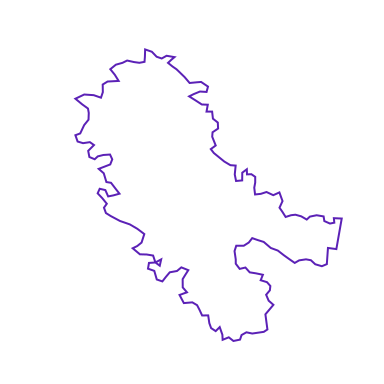 Novo Itacolomi, Paraná, Brazil (Robinson projection), rotated 133°
{"feature_id": "56859067B16333418565367", "entity_name": "Novo Itacolomi", "entity_type": "district", "adm_level": 2, "iso_a3": "BRA", "parent_name": "Brazil", "parent_adm1": "Paraná", "projection": "robinson", "projection_center": [-51.532, -23.781], "detail": "fine", "context": "isolated", "style": "outline", "palette": "violet", "viewbox_px": 384, "rotation_deg": 133, "n_neighbors": 0, "source": "geoboundaries", "source_scale": "gbopen_adm2", "svg_char_len": 2565}
<svg xmlns="http://www.w3.org/2000/svg" viewBox="0 0 384 384"><g transform="rotate(133 192 192)"><path d="M267.2,56.2L262.8,58.2L257.5,56.5L254.4,51.4L245.3,44.1L241.1,43.1L231.4,54.9L219.0,55.5L219.2,61.8L216.6,67.7L210.8,68.0L207.3,70.6L206.8,75.7L209.7,81.6L204.2,83.7L207.9,89.8L211.4,95.0L210.8,101.4L215.7,104.7L214.6,111.1L211.5,114.0L206.2,120.6L201.1,123.0L196.0,117.5L190.2,116.0L184.7,116.5L182.3,111.1L179.6,105.5L179.2,96.2L176.3,89.3L175.6,81.6L174.7,74.7L173.8,68.5L168.9,67.0L163.5,62.7L160.8,58.5L160.8,52.6L157.7,46.4L152.8,44.2L140.2,54.4L135.3,47.5L109.3,64.4L114.4,70.4L117.4,67.0L121.0,69.6L123.0,75.4L120.1,79.1L124.0,85.0L129.6,89.0L133.9,89.3L135.3,95.5L138.1,100.9L141.4,103.7L146.4,106.5L144.9,112.2L143.8,117.3L136.9,119.6L132.7,127.8L138.9,130.4L141.2,137.5L146.4,140.4L150.8,144.2L146.4,149.4L142.0,152.2L137.8,156.1L138.5,160.7L141.6,163.8L138.0,167.4L143.6,168.4L149.3,163.2L153.9,167.3L150.0,172.7L142.9,178.1L146.2,182.2L147.7,189.2L148.6,202.6L147.8,207.5L141.8,206.4L137.8,214.9L134.3,217.7L127.8,216.2L123.6,220.5L124.1,226.7L119.5,232.1L123.3,236.2L117.4,240.0L121.3,244.5L122.6,251.9L124.0,259.3L119.2,257.5L113.1,254.7L108.9,249.6L104.0,252.2L105.3,260.4L108.6,263.4L113.9,268.1L113.0,275.8L112.8,287.0L113.5,291.9L113.9,297.6L109.5,297.3L105.3,296.8L109.7,303.5L115.0,305.2L117.2,310.1L116.8,317.0L119.7,323.5L125.3,318.6L129.2,315.5L133.4,318.6L136.5,323.0L140.1,329.1L144.9,330.9L150.8,334.5L157.9,335.5L158.9,328.4L160.8,321.4L168.8,329.1L174.3,330.6L179.8,325.3L185.1,322.9L188.2,329.9L194.2,337.3L203.3,340.9L202.8,332.2L201.9,325.0L204.6,321.4L209.7,317.0L216.6,316.5L225.4,313.7L230.0,316.0L233.1,310.1L230.6,305.0L225.2,300.7L224.5,295.7L232.7,296.0L236.4,290.9L234.4,285.5L230.2,285.2L225.4,282.1L220.5,277.5L222.5,272.6L227.6,270.6L238.7,276.0L238.5,269.3L243.1,261.4L240.5,257.5L241.9,249.1L242.7,243.9L248.1,247.2L252.4,250.3L249.7,256.7L252.6,261.7L257.3,260.1L257.7,253.4L258.7,246.3L263.5,245.7L266.1,240.6L265.0,235.0L262.3,224.9L258.1,215.4L256.2,206.9L255.3,198.2L263.4,194.4L268.9,195.2L273.6,197.0L273.1,187.6L268.6,182.5L265.0,177.1L268.5,170.7L273.2,175.1L278.1,171.9L275.4,165.8L280.0,158.1L277.6,152.7L271.9,153.2L265.9,153.5L260.0,149.1L254.4,148.4L251.7,141.4L257.2,140.4L262.1,139.4L268.1,133.7L268.8,127.3L275.8,130.9L278.8,122.2L272.5,116.5L271.3,111.1L273.0,106.3L275.4,100.4L271.2,96.0L276.1,89.9L278.5,85.2L277.6,79.8L271.9,79.6L275.7,72.4L279.2,68.8L273.2,66.0L272.7,60.1L267.2,56.2ZM268.5,170.7L262.3,168.6L267.9,165.3L268.5,170.7Z" fill="none" stroke="#5b21b6" stroke-width="2"/></g></svg>